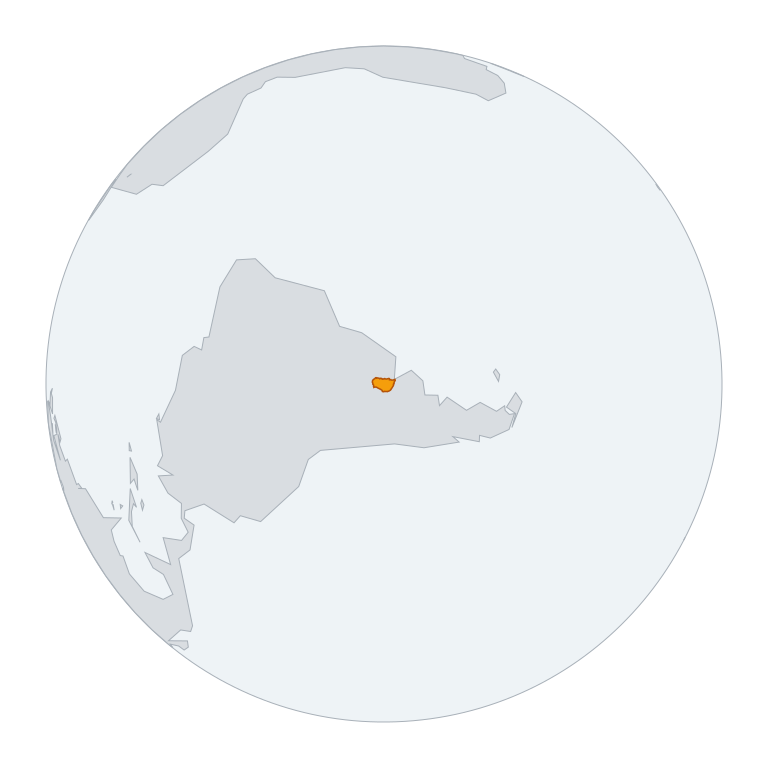 Entre Ríos on an orthographic globe, rotated 265°
{"feature_id": "ARG-1309", "entity_name": "Entre Ríos", "entity_type": "Province", "adm_level": 1, "iso_a3": "ARG", "parent_name": "Argentina", "parent_adm1": "", "projection": "orthographic", "projection_center": [-59.178, -32.1], "detail": "fine", "context": "on_globe", "style": "filled", "palette": "amber", "viewbox_px": 768, "rotation_deg": 265, "n_neighbors": 0, "source": "natural_earth", "source_scale": "10m", "svg_char_len": 5891}
<svg xmlns="http://www.w3.org/2000/svg" viewBox="0 0 768 768"><g transform="rotate(265 384 384)"><circle cx="384" cy="384" r="338" fill="#eef3f6" stroke="#a8b0b8"/><path d="M305.0,55.5L308.3,54.7L305.2,55.7L309.0,55.7L315.7,53.8L315.1,53.3L328.4,50.7L328.2,50.7L372.7,46.3L375.4,46.3L396.1,47.4L396.6,48.0L380.8,49.1L356.8,50.0L336.2,55.0L361.4,50.6L362.4,53.6L367.6,54.0L374.4,53.6L378.6,52.2L381.4,53.4L357.6,57.4L354.7,56.3L362.3,54.8L351.0,55.6L334.9,59.9L336.7,62.0L310.6,69.0L311.5,70.8L306.4,73.9L306.6,70.2L305.7,77.5L275.3,92.8L273.4,110.6L262.4,99.6L250.7,101.4L236.1,106.3L235.4,109.0L217.0,113.8L198.5,127.0L188.7,145.2L192.8,155.4L213.5,147.7L221.0,137.9L237.0,131.2L222.7,155.7L250.2,150.6L245.8,168.7L253.4,176.0L267.9,170.3L282.7,171.8L294.1,159.3L312.1,151.2L311.7,165.8L322.3,151.2L331.9,157.2L368.3,154.5L365.4,158.0L395.9,175.7L430.1,185.6L438.0,198.1L433.8,205.3L445.9,208.6L446.1,213.7L495.0,229.0L520.5,247.9L520.0,266.8L499.3,284.8L482.1,332.7L445.3,344.8L437.0,366.3L410.1,398.2L387.7,394.7L395.3,412.4L383.8,423.0L369.5,423.8L368.1,436.7L357.6,437.4L365.4,445.7L350.6,463.9L357.3,478.2L347.0,493.7L351.8,502.3L347.1,502.4L342.8,506.2L343.1,511.4L327.8,504.6L320.9,485.2L324.5,474.7L318.2,473.9L325.6,448.0L319.6,453.8L317.0,418.3L323.4,389.3L323.4,314.9L315.4,302.0L289.3,290.1L257.7,249.1L265.3,229.4L258.8,222.5L280.1,194.3L275.1,174.6L267.7,173.3L260.0,182.5L235.6,176.3L228.0,164.3L159.8,172.2L154.3,169.8L156.7,160.0L147.0,146.9L145.2,165.8L138.9,166.1L136.4,161.7L140.9,156.6L143.5,148.4L139.7,150.8L142.5,147.6L159.6,131.3L177.8,116.2L197.1,102.5L217.2,90.1L238.2,79.2L259.9,69.7L282.2,61.8L305.0,55.5ZM270.4,117.9L302.0,122.1L282.7,126.7L286.6,124.0L278.9,121.3L264.1,120.8L247.6,127.2L270.4,117.9ZM287.4,103.7L281.8,104.2L287.5,103.0L287.4,103.7ZM354.2,520.0L329.5,507.6L343.0,512.7L350.3,504.0L364.0,514.4L354.2,520.0ZM376.6,498.3L386.3,494.0L389.2,496.6L383.2,500.1L376.6,498.3ZM608.2,131.2L611.4,134.7L604.8,130.1L591.9,120.4L572.6,103.9L580.6,109.2L608.2,131.2ZM706.7,484.3L704.4,491.2L701.2,492.6L691.4,514.2L688.3,513.2L681.4,524.2L673.2,530.0L663.2,530.8L657.1,512.6L664.7,500.9L673.7,471.3L689.7,409.6L699.7,391.8L702.5,373.0L697.2,322.2L699.0,304.3L695.5,292.2L689.6,287.3L684.6,273.1L680.2,268.6L646.6,250.1L631.2,229.3L600.8,181.3L603.2,170.3L594.6,153.9L603.7,129.5L615.7,139.2L625.4,147.6L641.7,165.5L656.8,184.5L670.4,204.6L682.5,225.6L693.1,247.4L702.1,269.9L709.4,293.0L715.1,316.6L719.1,340.5L721.4,364.6L721.9,388.9L720.7,413.1L717.7,437.1L713.0,460.9L706.7,484.3ZM612.4,145.9L615.0,149.9L615.0,150.0L612.4,145.9ZM369.5,154.3L373.8,157.1L367.9,157.3L369.5,154.3ZM279.4,132.4L286.4,131.3L289.9,132.7L284.4,134.3L279.4,132.4ZM339.8,124.4L348.1,125.0L339.2,126.6L339.8,124.4ZM307.1,122.7L333.1,124.6L315.8,130.2L299.5,129.5L311.1,126.7L307.1,122.7ZM282.8,110.8L287.0,110.7L285.3,113.1L282.8,110.8ZM291.5,103.0L289.8,103.5L287.9,102.3L291.5,103.0ZM363.8,53.3L365.8,53.1L372.5,53.0L368.9,53.6L363.8,53.3ZM405.0,51.1L408.7,53.3L403.6,51.8L399.2,52.6L383.0,51.2L396.1,48.3L393.1,49.5L405.0,51.1ZM365.1,49.8L373.9,50.2L363.7,49.9L365.1,49.8ZM559.7,672.1L552.7,676.1L556.1,673.8L559.7,672.1ZM679.2,548.5L678.1,550.3L682.2,542.1L689.8,527.3L694.2,518.1L679.2,548.5ZM202.2,668.8L204.4,670.3L205.0,670.6L202.2,668.8Z" fill="#d9dde1" stroke="#a8b0b8" stroke-width="1"/><path d="M388.9,386.1L388.8,386.3L388.7,386.6L388.8,387.3L388.9,387.7L388.9,388.3L389.0,388.4L389.1,388.7L389.1,388.9L389.1,389.1L389.1,389.5L388.9,389.8L388.7,389.9L387.9,389.8L387.7,389.8L387.7,390.0L387.8,390.0L387.7,390.2L387.7,390.3L387.7,390.6L387.8,390.9L387.8,391.1L387.7,391.1L387.5,391.3L387.4,391.5L387.2,392.0L387.2,392.5L387.2,392.8L387.1,393.3L387.1,393.5L387.2,393.9L387.5,394.3L387.5,394.5L387.6,394.8L387.6,395.1L387.6,395.3L387.3,395.3L386.9,395.5L386.6,395.5L386.4,395.4L385.9,394.9L385.6,394.8L385.3,394.5L384.9,394.3L384.7,394.2L384.1,394.2L383.9,394.0L383.7,394.0L383.7,393.9L383.6,393.7L383.4,393.6L382.9,393.7L382.7,393.5L382.5,393.3L382.3,393.2L382.0,393.3L381.9,393.3L381.7,393.3L381.1,392.9L380.8,392.6L380.7,392.5L380.6,392.4L380.4,392.3L380.2,392.2L379.4,391.6L378.7,391.0L378.5,390.8L378.3,390.8L378.2,390.7L378.1,390.4L377.9,390.3L377.5,390.1L377.2,389.7L377.1,389.3L377.0,389.2L376.9,389.1L376.6,388.5L376.5,388.2L376.4,387.5L376.4,387.4L376.1,387.0L376.1,386.9L376.1,386.7L376.2,386.3L376.3,386.2L376.3,385.7L376.3,385.4L376.4,385.1L376.4,384.8L376.4,384.5L376.4,384.4L376.6,384.0L376.6,383.9L376.6,383.7L376.4,383.4L376.3,383.2L376.3,382.9L376.5,382.7L376.5,382.3L376.6,382.2L376.6,381.9L376.7,381.7L376.8,381.7L377.0,381.7L377.4,381.7L377.5,381.7L377.8,381.5L378.0,381.4L378.1,381.2L378.4,380.8L378.5,380.7L378.7,380.4L378.8,380.3L378.9,380.2L379.0,380.2L379.3,379.7L379.5,379.1L379.8,378.9L380.1,378.2L380.4,377.8L380.6,377.4L380.9,377.1L381.0,376.9L381.3,376.5L381.6,376.0L381.6,375.8L381.6,375.5L381.6,375.4L381.7,375.1L381.7,374.7L381.8,374.4L381.6,374.0L381.6,373.9L381.5,373.6L382.0,373.6L382.3,373.4L382.5,373.5L382.9,373.4L383.2,373.5L383.7,373.6L384.1,373.4L384.4,373.1L384.7,372.9L384.8,372.8L385.0,372.8L385.3,372.9L385.5,373.0L386.0,372.9L386.8,372.5L387.0,372.5L387.3,372.7L387.7,372.7L388.7,373.0L388.8,373.1L388.9,373.4L389.0,373.5L389.4,373.9L389.6,374.1L389.7,374.3L389.8,374.6L390.0,375.1L390.6,375.8L390.9,376.0L391.0,376.2L391.0,376.3L391.0,376.5L391.0,376.8L390.9,377.0L390.5,377.1L390.4,377.1L390.4,377.3L390.6,377.6L390.7,377.9L390.6,378.1L390.5,378.3L390.4,378.6L390.4,378.8L390.4,379.0L390.3,379.3L390.2,379.3L390.1,379.5L390.0,379.8L389.9,380.0L389.7,380.1L389.5,380.3L389.7,380.5L389.9,380.6L390.0,380.8L390.0,381.1L390.0,381.3L389.7,382.2L389.6,382.3L389.2,382.4L389.1,382.5L388.9,382.7L388.9,382.8L389.1,383.1L389.1,383.3L389.2,383.5L389.1,383.8L389.1,384.0L388.9,384.3L389.0,384.5L389.3,384.9L389.4,385.1L389.4,385.3L389.0,385.7L388.9,386.0L388.9,386.1Z" fill="#f59e0b" stroke="#b45309" stroke-width="1.5"/></g></svg>